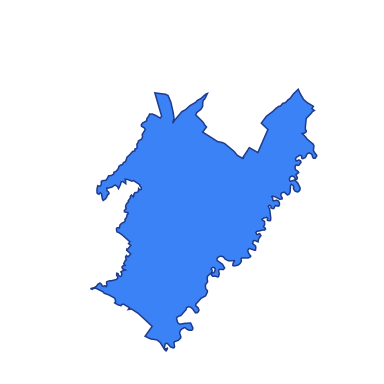 outline of Camarón de Tejeda, Veracruz, Mexico, rotated 125°
{"feature_id": "50627088B3640264870704", "entity_name": "Camarón de Tejeda", "entity_type": "district", "adm_level": 2, "iso_a3": "MEX", "parent_name": "Mexico", "parent_adm1": "Veracruz", "projection": "albers", "projection_center": [-96.566, 19.003], "detail": "fine", "context": "isolated", "style": "filled", "palette": "blue", "viewbox_px": 384, "rotation_deg": 125, "n_neighbors": 0, "source": "geoboundaries", "source_scale": "gbopen_adm2", "svg_char_len": 6111}
<svg xmlns="http://www.w3.org/2000/svg" viewBox="0 0 384 384"><g transform="rotate(125 192 192)"><path d="M264.0,122.8L263.3,125.4L260.4,127.8L256.7,127.7L254.0,130.1L252.0,131.0L247.3,129.8L245.4,130.1L244.5,130.7L244.2,132.1L243.4,132.3L241.9,131.8L241.1,130.1L242.1,128.5L244.7,127.7L246.8,128.9L247.9,129.0L248.9,128.4L249.2,126.8L247.5,124.5L246.8,122.0L245.8,121.8L243.4,122.7L241.2,125.1L240.3,125.3L239.7,125.2L237.5,121.8L235.5,121.7L233.7,125.7L233.7,131.8L233.1,132.9L231.7,133.4L229.7,132.9L228.3,132.0L227.1,129.3L228.0,126.2L227.3,122.3L223.9,118.0L224.4,117.6L226.8,117.5L228.8,116.4L228.6,115.4L226.9,113.6L225.2,112.2L222.7,111.6L220.4,111.8L218.7,113.4L217.7,113.6L213.6,108.0L212.0,107.1L210.8,107.1L210.1,109.6L208.4,112.4L207.1,113.0L205.3,112.6L203.8,107.2L203.3,106.6L201.0,107.8L199.8,108.9L199.4,112.9L196.7,113.8L195.6,112.5L195.0,109.3L191.9,110.6L188.2,110.5L187.4,112.3L187.5,113.1L188.9,113.4L189.6,114.8L188.5,116.5L187.3,116.4L182.6,112.2L181.5,110.7L180.3,110.5L179.7,111.0L179.4,113.5L177.0,113.8L174.5,115.7L174.6,118.7L174.1,119.1L172.3,118.4L170.1,116.4L169.8,115.6L170.2,114.9L171.7,114.4L171.9,113.8L171.4,112.5L170.6,111.5L169.9,111.5L168.2,112.5L161.0,119.0L160.9,120.0L159.9,121.3L158.7,121.1L158.2,120.4L158.4,119.3L159.5,118.3L159.5,116.8L159.0,115.8L158.1,115.5L156.4,116.0L155.2,115.7L154.3,113.4L153.4,112.8L152.1,113.2L150.9,114.0L149.8,116.0L150.3,118.2L152.5,120.1L152.6,120.9L150.9,122.3L150.1,124.0L149.4,124.0L148.1,120.6L147.6,115.9L146.0,114.2L145.2,114.6L143.9,117.3L142.0,118.1L140.8,117.8L139.2,116.3L139.7,112.2L138.5,111.4L137.2,111.2L135.6,111.7L130.2,115.0L128.8,115.1L128.6,113.0L129.5,111.5L130.5,111.3L131.5,110.0L132.1,108.3L131.8,106.4L131.1,105.2L129.1,104.7L127.8,105.0L126.5,106.0L124.0,110.5L123.3,114.9L126.5,117.2L126.9,118.0L125.4,119.8L123.1,120.2L121.4,119.0L121.0,117.5L122.1,114.3L121.6,113.5L120.8,113.5L119.8,113.9L118.4,116.6L118.0,116.8L115.0,115.7L114.4,116.7L114.3,120.0L113.0,121.6L110.8,122.4L109.9,121.8L109.7,120.8L108.6,119.8L105.2,119.7L104.2,121.0L104.4,122.8L106.4,124.0L106.7,124.7L105.5,126.2L104.5,126.4L103.3,126.2L100.4,125.0L99.7,123.9L99.7,122.8L101.4,121.3L101.2,120.4L99.3,119.2L97.7,119.0L95.3,119.6L92.9,118.8L92.4,116.4L92.6,115.0L93.9,113.7L94.7,111.9L93.8,110.5L90.9,110.5L90.4,110.9L89.4,114.3L88.3,116.4L84.3,118.6L83.3,120.1L82.7,128.0L81.8,130.4L80.9,135.3L79.2,133.6L77.3,133.0L76.2,133.5L76.0,134.7L74.3,136.1L66.3,140.6L58.5,139.4L56.9,139.5L55.1,138.5L54.9,141.6L52.2,141.7L52.7,149.1L52.2,153.7L48.9,160.7L46.9,163.9L53.7,165.2L59.1,165.3L61.3,166.2L64.2,166.5L65.9,167.1L67.4,168.6L70.5,168.7L72.2,170.1L75.3,171.2L79.6,172.0L87.3,174.5L95.9,174.7L97.2,165.7L121.9,160.7L122.8,170.5L134.2,170.1L134.1,169.5L135.4,169.5L136.0,175.8L134.6,181.1L133.6,193.0L134.2,195.9L136.0,199.8L136.8,217.6L130.4,217.4L129.8,220.3L128.9,221.8L128.3,223.8L126.7,233.2L124.2,233.7L119.1,232.1L115.8,232.4L112.0,234.8L110.1,235.3L108.4,234.9L102.5,235.9L104.1,236.9L110.2,238.3L114.2,240.3L116.1,240.3L122.4,243.2L128.3,244.5L131.9,246.4L143.3,247.4L146.7,247.2L141.8,249.1L137.7,253.0L130.5,260.9L126.7,267.0L127.1,269.7L132.1,279.3L147.3,260.4L149.7,260.4L150.1,265.6L150.8,269.0L152.5,271.5L154.1,271.0L157.7,271.1L159.7,270.0L163.9,272.1L165.9,272.1L167.1,271.2L166.9,267.5L167.7,266.1L173.4,265.8L175.3,264.1L177.5,263.6L180.9,265.2L182.5,264.5L184.4,264.6L187.1,262.4L188.2,262.4L189.5,263.4L191.3,262.4L192.7,263.9L198.1,264.5L200.5,265.2L205.3,263.9L207.1,265.0L209.6,264.7L210.6,265.8L212.8,266.6L215.0,265.8L217.2,265.9L218.8,266.1L220.5,267.3L222.4,266.5L224.5,267.4L226.6,269.6L229.7,269.1L231.9,269.3L234.0,271.8L235.3,272.4L238.2,270.5L240.2,270.8L240.9,272.8L244.1,271.5L247.1,269.4L247.5,268.5L247.2,266.9L246.3,267.0L245.1,266.5L245.4,265.2L249.4,261.1L249.9,259.9L247.0,258.9L245.1,259.0L242.7,259.6L241.9,259.0L240.6,259.2L239.9,260.4L239.7,262.3L237.6,264.1L236.8,262.8L233.8,260.3L231.3,259.5L230.3,258.7L230.3,256.2L231.4,254.1L226.7,254.9L224.2,255.9L223.1,254.5L223.2,251.0L221.3,252.4L220.0,254.1L218.7,252.0L217.6,247.4L216.2,246.5L216.0,239.0L216.9,238.4L217.3,236.2L218.8,235.1L220.2,236.0L219.8,237.7L222.2,236.4L223.4,236.5L225.3,238.4L226.9,238.4L229.5,237.2L229.2,239.9L230.9,240.0L232.1,239.1L235.8,239.2L236.5,238.4L238.6,238.8L240.7,238.6L242.3,237.9L243.1,236.5L245.9,236.8L247.0,236.0L245.7,232.4L246.6,231.9L247.9,232.1L250.6,231.0L252.8,231.3L253.6,230.3L255.3,230.2L257.9,231.6L260.1,232.1L263.2,230.9L263.7,232.3L264.9,233.0L266.4,232.2L267.7,230.4L267.2,228.7L267.2,224.4L268.4,214.3L270.7,214.4L270.8,211.5L276.2,212.0L276.1,212.6L277.2,212.2L277.9,206.7L281.9,207.2L281.6,209.3L283.3,209.2L285.4,206.8L286.1,207.4L289.8,206.9L290.5,204.8L291.7,206.1L293.6,206.4L294.7,205.0L294.1,201.9L295.8,203.4L298.3,204.5L298.9,202.7L301.6,201.6L302.5,202.5L302.4,204.1L301.3,205.8L301.6,207.0L303.4,206.1L304.2,204.2L305.2,203.4L307.2,203.9L310.7,206.9L311.9,208.5L314.3,210.3L315.5,209.9L317.2,208.1L318.8,208.1L318.5,208.8L319.0,209.9L320.1,210.5L320.5,211.5L319.5,213.4L319.4,215.2L321.1,216.1L324.3,216.3L326.5,217.3L329.0,219.4L329.3,219.0L329.0,217.9L327.7,217.5L326.0,215.7L324.8,207.6L325.3,205.9L324.0,201.0L323.3,194.7L323.5,194.0L325.7,191.6L327.2,191.8L327.1,190.5L326.9,188.1L325.9,185.0L324.4,184.8L323.2,184.1L322.6,176.8L324.8,176.8L322.5,174.4L322.3,166.1L324.9,147.6L337.1,147.7L336.1,141.6L333.3,136.0L333.3,134.4L333.5,131.8L336.8,123.9L337.1,122.6L336.9,122.0L334.6,122.2L334.1,122.6L335.4,123.4L335.9,124.4L335.5,125.3L331.9,126.8L330.7,126.3L330.2,125.0L331.2,120.6L330.6,118.1L329.7,117.3L328.8,117.5L326.0,120.2L324.9,120.6L321.3,118.1L317.9,117.5L316.6,118.5L315.4,120.4L314.1,121.6L311.9,122.1L310.1,121.7L307.5,120.5L307.1,119.6L307.3,117.4L307.0,115.3L305.5,113.0L304.4,112.6L302.9,113.3L300.1,118.0L304.2,123.1L307.3,126.1L307.4,127.9L306.9,129.2L304.5,132.1L303.4,132.5L301.2,131.6L299.7,130.3L291.8,129.4L290.0,130.1L287.8,129.0L287.2,127.0L287.3,124.7L289.0,119.8L287.6,118.3L285.4,118.3L284.5,118.8L283.3,120.8L283.1,123.8L281.5,124.5L273.8,123.6L269.3,121.3L265.2,122.0L264.0,122.8Z" fill="#3b82f6" stroke="#1e3a8a" stroke-width="1.5"/></g></svg>